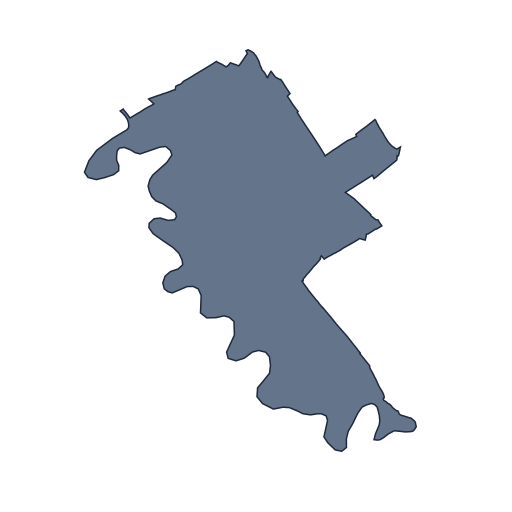 outline of Rachiteni, Iasi, Romania, rotated 172°
{"feature_id": "2599482B67197687394814", "entity_name": "Rachiteni", "entity_type": "district", "adm_level": 2, "iso_a3": "ROU", "parent_name": "Romania", "parent_adm1": "Iasi", "projection": "orthographic", "projection_center": [26.897, 47.06], "detail": "fine", "context": "isolated", "style": "filled", "palette": "slate", "viewbox_px": 512, "rotation_deg": 172, "n_neighbors": 0, "source": "geoboundaries", "source_scale": "gbopen_adm2", "svg_char_len": 6036}
<svg xmlns="http://www.w3.org/2000/svg" viewBox="0 0 512 512"><g transform="rotate(172 256 256)"><path d="M367.0,420.0L370.3,418.5L367.8,415.4L365.8,412.3L364.3,408.9L363.8,405.7L363.8,402.9L364.5,400.6L366.5,398.8L370.6,397.1L381.9,392.3L399.1,382.8L408.2,373.6L413.7,363.8L414.2,362.8L411.4,357.1L403.5,353.9L394.9,354.7L385.7,356.4L380.1,359.5L379.3,364.9L380.7,370.2L380.1,374.6L378.8,379.6L376.2,381.9L371.1,381.8L365.4,378.5L361.4,375.2L356.6,373.2L348.3,374.8L336.1,377.2L330.1,377.0L326.1,372.4L325.2,367.8L331.2,361.1L347.0,350.5L350.4,346.5L353.1,340.3L352.6,335.3L351.0,329.3L347.3,324.3L341.0,320.7L333.5,313.8L329.8,309.9L329.3,306.0L331.6,303.3L338.1,303.5L345.5,306.9L351.7,307.1L357.2,303.3L358.1,298.9L354.8,292.5L346.2,284.3L337.0,276.0L331.9,269.4L329.7,262.1L329.8,257.5L334.9,254.0L342.9,252.5L348.8,248.7L352.0,242.4L351.4,236.3L348.3,233.0L344.1,231.1L328.5,235.3L322.5,234.6L317.8,231.5L315.8,224.6L317.7,213.9L318.9,207.4L313.4,201.6L304.0,200.5L296.1,201.2L291.1,199.1L286.9,194.2L288.4,180.7L294.1,171.8L298.5,164.9L297.8,158.5L290.4,155.0L282.0,156.4L272.9,161.4L266.5,162.1L259.9,159.4L256.7,154.4L256.9,145.5L258.9,138.1L265.3,132.0L272.8,125.2L274.6,116.5L270.0,108.9L260.1,102.0L250.3,102.5L244.0,101.2L236.1,96.5L231.7,93.4L230.0,92.8L224.1,91.1L217.2,91.2L213.1,90.6L208.7,87.8L208.1,83.0L210.3,77.1L213.9,67.4L210.9,61.1L204.6,53.0L198.3,50.7L193.1,53.8L191.9,62.5L189.1,69.5L183.6,76.5L180.1,81.7L177.0,86.3L172.0,91.6L167.3,93.2L162.1,93.9L159.1,92.3L157.1,89.6L156.6,86.3L156.1,80.8L156.4,75.3L157.6,71.4L162.4,63.3L164.7,57.7L161.4,56.8L158.7,56.8L154.5,58.6L149.9,61.3L143.4,63.7L138.0,62.4L132.6,61.0L126.6,60.5L126.1,60.6L124.4,61.0L123.0,62.3L122.0,63.6L121.1,64.5L121.2,66.3L121.3,67.6L121.3,68.5L121.5,69.6L122.1,70.6L123.3,72.0L125.2,74.0L126.0,74.2L131.2,76.7L134.8,78.3L136.2,79.7L136.4,80.8L137.0,82.8L138.3,83.2L139.5,84.3L140.4,85.3L141.9,86.9L142.6,88.4L143.3,89.4L144.6,90.9L146.2,91.9L146.7,92.7L147.4,93.6L147.8,93.9L149.2,94.9L149.7,95.4L149.8,96.1L149.8,97.1L148.9,97.6L148.7,98.1L148.7,99.2L149.0,101.3L149.6,103.3L150.3,105.2L151.1,106.8L151.6,108.0L152.4,110.2L152.9,111.8L153.5,113.7L153.8,114.9L154.3,116.6L154.8,118.1L155.4,119.7L155.9,121.1L156.2,122.3L156.7,123.6L157.3,125.2L157.8,126.5L158.4,128.1L158.9,129.8L158.7,131.5L160.0,133.6L161.7,136.5L163.0,138.6L163.5,139.6L164.2,140.6L165.2,142.4L165.9,143.5L166.8,144.8L166.2,145.3L166.7,146.2L167.3,147.2L167.7,147.8L168.7,149.6L169.6,151.2L170.7,153.0L171.8,154.8L173.0,156.9L174.2,159.1L175.3,160.9L176.5,163.0L177.7,165.0L179.9,168.2L182.3,171.9L184.2,174.7L186.6,178.6L188.0,181.0L189.7,183.8L190.5,185.2L192.2,187.9L195.3,192.8L197.3,196.0L197.6,195.8L198.3,197.0L198.9,198.2L199.6,199.2L200.8,201.5L201.3,202.5L202.3,203.7L202.9,204.7L204.0,206.6L205.7,209.4L207.2,211.9L209.2,215.4L209.9,217.1L210.9,218.7L213.3,223.4L213.9,224.7L213.5,224.7L212.7,225.0L212.5,225.9L212.5,226.6L210.3,228.5L208.0,230.8L206.2,232.2L205.6,232.6L204.7,233.5L202.6,235.4L201.5,236.5L200.8,237.2L198.3,239.1L197.6,239.6L194.1,242.7L192.5,244.3L192.9,244.9L191.2,247.1L188.9,243.4L186.8,244.4L185.2,245.1L180.5,246.8L179.9,247.1L179.0,247.4L177.6,247.9L176.4,248.2L175.3,248.7L172.6,249.7L171.6,250.1L169.3,251.3L167.5,252.1L165.8,252.7L165.1,253.0L164.1,253.4L162.6,254.0L161.7,254.3L159.5,255.2L158.5,255.6L153.4,257.7L151.0,258.9L145.7,256.5L145.3,257.4L144.8,258.8L144.3,259.9L144.1,260.5L143.7,262.1L142.5,262.2L141.8,262.3L139.5,263.4L137.9,264.1L136.0,265.0L134.6,265.6L133.2,266.2L132.8,265.9L127.2,268.3L127.4,268.8L129.1,272.0L130.2,274.8L132.2,275.2L136.9,280.1L136.5,281.0L142.3,288.2L146.0,292.9L151.0,299.2L158.7,306.6L137.0,316.3L136.4,316.6L135.7,316.9L134.6,317.4L129.4,319.8L128.4,316.2L125.6,317.7L120.9,320.6L117.9,322.5L114.8,324.4L111.4,326.4L108.8,328.0L104.0,330.9L103.6,331.1L103.2,331.7L102.9,332.5L102.7,333.2L102.7,333.7L102.5,335.0L102.3,335.5L101.8,334.9L100.8,335.8L100.0,337.8L97.8,343.9L101.2,342.4L101.3,342.4L101.7,342.5L102.5,342.7L103.0,343.1L104.0,344.0L105.2,345.1L106.4,346.3L107.8,348.3L109.0,350.1L110.0,352.2L111.6,355.7L112.3,357.4L112.9,358.9L113.4,360.5L114.0,361.4L114.8,363.4L115.8,365.6L116.5,367.0L116.6,367.3L116.8,368.6L117.5,369.9L118.1,371.8L118.3,372.7L118.6,373.8L119.3,374.6L120.3,373.9L122.5,372.6L126.6,370.2L130.3,368.1L134.1,366.1L136.1,365.0L138.1,363.8L140.2,362.6L139.7,360.3L146.3,358.3L147.9,357.9L149.3,357.5L154.6,355.0L160.7,351.9L164.3,350.3L167.9,348.5L170.4,347.2L172.2,346.3L173.6,345.5L174.7,348.2L177.4,354.5L180.1,360.4L183.5,367.5L186.9,374.6L187.9,376.6L190.6,382.4L192.0,385.1L193.3,388.1L195.2,392.6L194.2,393.3L195.7,395.8L196.8,397.8L198.1,400.1L201.9,408.3L202.6,409.7L202.7,409.9L202.6,410.0L200.2,411.7L199.7,412.1L203.4,419.9L205.2,424.0L206.9,427.4L207.3,427.1L212.0,430.6L214.7,435.6L215.4,436.8L215.6,436.7L216.5,435.6L217.9,433.7L218.9,432.5L219.7,430.9L220.2,431.3L220.3,431.6L220.6,432.6L221.0,433.5L221.2,434.2L221.5,435.2L222.7,437.5L223.9,439.1L224.2,439.6L224.3,440.2L224.4,441.0L224.6,441.8L225.0,443.0L225.2,443.4L225.5,444.3L225.7,446.3L225.9,448.0L226.9,450.9L228.2,454.3L229.1,455.5L230.0,457.2L230.8,458.1L232.5,459.6L234.6,460.9L235.2,461.3L235.8,461.0L237.3,460.7L236.4,457.5L237.0,457.0L238.4,455.5L240.8,452.8L242.2,451.2L246.5,446.7L254.5,450.9L257.0,448.6L259.3,447.4L263.1,450.6L267.7,453.6L268.1,454.2L269.0,453.8L270.7,453.0L272.9,452.0L275.0,451.1L276.1,450.6L277.3,450.1L278.2,449.7L279.6,449.1L281.6,448.2L285.0,446.8L291.2,444.2L295.2,442.4L298.6,440.9L301.2,440.0L303.9,438.9L304.2,438.4L305.2,437.7L306.3,436.9L307.9,436.4L309.1,436.2L311.8,435.2L312.8,432.0L315.1,431.7L318.3,430.9L321.6,430.2L324.4,429.7L326.4,429.4L328.2,428.9L330.5,428.6L340.0,426.6L340.5,426.4L336.0,420.9L336.6,420.5L337.9,420.0L338.9,419.6L339.9,419.2L341.9,418.6L344.3,417.6L346.0,417.0L347.5,416.2L348.9,415.6L350.9,414.6L353.6,413.6L355.9,412.6L359.6,411.0L361.6,410.2L362.7,412.4L363.4,413.7L364.0,414.7L364.6,415.7L365.1,416.7L365.6,417.3L366.2,418.3L366.7,419.2L367.0,420.0Z" fill="#64748b" stroke="#1e293b" stroke-width="1.5"/></g></svg>